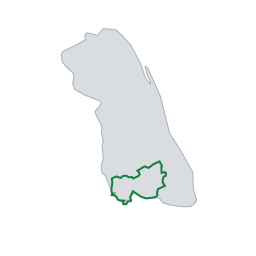 location of Santa Ana within El Salvador, rotated 230°
{"feature_id": "SLV-1358", "entity_name": "Santa Ana", "entity_type": "Department", "adm_level": 1, "iso_a3": "SLV", "parent_name": "El Salvador", "parent_adm1": "", "projection": "orthographic", "projection_center": [-89.512, 14.11], "detail": "coarse", "context": "in_parent", "style": "outline", "palette": "green", "viewbox_px": 256, "rotation_deg": 230, "n_neighbors": 0, "source": "natural_earth", "source_scale": "10m", "svg_char_len": 1592}
<svg xmlns="http://www.w3.org/2000/svg" viewBox="0 0 256 256"><g transform="rotate(230 128 128)"><path d="M89.9,75.2L92.1,75.6L106.1,80.0L110.3,79.1L115.6,82.7L118.1,85.5L120.4,89.3L131.5,97.0L133.4,100.3L141.7,104.9L145.0,108.3L148.6,109.8L155.5,111.1L161.5,112.9L162.1,114.2L162.7,119.3L164.0,123.7L166.8,123.9L170.2,121.8L181.3,115.9L191.8,112.0L197.8,114.3L201.3,119.1L205.4,121.3L213.7,119.9L221.2,120.2L227.2,124.4L228.6,126.9L225.1,141.0L223.8,147.1L223.2,152.2L225.3,153.5L227.4,155.5L227.0,158.2L220.5,162.8L218.5,164.0L220.0,172.7L215.2,178.0L210.8,181.8L203.0,182.9L189.7,183.4L169.8,179.2L155.0,173.4L147.1,173.4L149.6,175.3L155.9,176.5L164.1,180.6L161.8,181.8L131.8,173.3L97.2,156.5L76.5,153.8L52.8,149.3L38.8,138.7L28.3,134.0L27.4,130.0L27.5,125.5L32.3,119.5L41.2,111.4L47.1,107.3L49.8,106.4L53.7,106.9L57.5,104.6L60.7,99.0L64.0,95.4L72.5,91.8L74.4,90.3L73.8,87.2L71.9,81.2L72.2,77.4L75.0,75.7L78.3,75.4L85.2,73.9L88.2,74.2L89.9,75.2Z" fill="#d9dde1" stroke="#a8b0b8" stroke-width="1"/><path d="M57.6,107.3L57.2,104.7L62.5,96.5L66.8,93.9L76.4,91.1L73.5,85.0L70.7,84.0L70.2,82.8L72.0,80.6L70.8,77.8L72.5,75.5L74.7,76.6L74.9,78.2L78.2,74.8L79.6,74.2L84.2,74.9L87.0,72.6L87.1,74.3L87.6,73.4L91.3,75.4L96.0,80.7L99.7,83.2L98.3,88.1L94.4,90.2L94.5,93.3L92.7,95.9L89.6,97.0L87.9,99.5L86.1,99.5L84.5,105.0L84.8,106.9L87.0,108.0L89.2,107.7L88.0,116.0L84.2,118.1L83.9,124.3L82.1,130.7L77.0,129.6L76.2,128.0L71.9,124.9L70.3,128.0L69.0,128.0L67.1,126.2L67.8,123.9L65.9,121.3L63.7,119.4L60.0,119.1L61.9,111.8L60.1,108.9L57.6,107.3Z" fill="none" stroke="#15803d" stroke-width="2"/></g></svg>